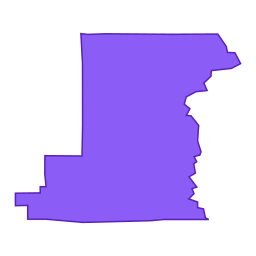 Benton, Oregon, United States of America (orthographic projection)
{"feature_id": "52423323B6989914060643", "entity_name": "Benton", "entity_type": "district", "adm_level": 2, "iso_a3": "USA", "parent_name": "United States of America", "parent_adm1": "Oregon", "projection": "orthographic", "projection_center": [-123.35, 44.499], "detail": "fine", "context": "isolated", "style": "filled", "palette": "violet", "viewbox_px": 256, "rotation_deg": 0, "n_neighbors": 0, "source": "geoboundaries", "source_scale": "gbopen_adm2", "svg_char_len": 781}
<svg xmlns="http://www.w3.org/2000/svg" viewBox="0 0 256 256"><path d="M217.8,34.1L207.8,34.1L171.6,34.3L105.4,33.8L87.4,34.4L80.9,33.6L82.5,63.4L82.6,124.7L82.0,156.0L44.9,155.7L44.8,174.3L46.1,186.7L40.2,186.7L40.2,192.9L15.4,193.2L15.4,205.7L27.7,205.4L27.7,219.2L46.0,219.2L83.1,222.4L150.6,220.7L163.6,219.5L208.7,219.5L205.4,217.8L203.5,208.9L197.6,207.6L197.6,202.0L188.8,198.9L194.0,193.6L192.0,188.6L196.8,187.1L189.0,176.8L195.4,173.1L193.7,163.7L196.7,161.8L194.1,156.6L199.8,155.1L201.0,151.8L197.6,141.0L198.2,131.4L198.7,125.5L191.0,115.8L186.4,115.4L189.9,108.7L184.3,104.2L186.3,96.8L195.9,91.7L207.1,90.5L203.9,83.0L211.0,76.2L211.3,70.6L231.4,68.4L240.6,63.6L234.9,52.8L227.5,52.4L226.2,46.4L217.8,34.1Z" fill="#8b5cf6" stroke="#5b21b6" stroke-width="1.5"/></svg>